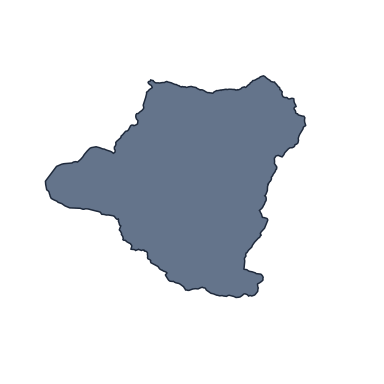 outline of Poiana Marului, Brasov, Romania, rotated 337°
{"feature_id": "2599482B79917442697977", "entity_name": "Poiana Marului", "entity_type": "district", "adm_level": 2, "iso_a3": "ROU", "parent_name": "Romania", "parent_adm1": "Brasov", "projection": "natural_earth1", "projection_center": [25.322, 45.622], "detail": "fine", "context": "isolated", "style": "filled", "palette": "slate", "viewbox_px": 384, "rotation_deg": 337, "n_neighbors": 0, "source": "geoboundaries", "source_scale": "gbopen_adm2", "svg_char_len": 6053}
<svg xmlns="http://www.w3.org/2000/svg" viewBox="0 0 384 384"><g transform="rotate(337 192 192)"><path d="M258.1,225.2L257.5,223.9L257.9,223.8L259.0,223.1L261.9,220.2L263.7,216.4L265.1,214.9L264.9,214.6L265.6,214.0L265.8,214.1L267.6,212.8L268.3,212.7L269.5,211.8L270.3,210.9L270.8,209.4L272.6,208.5L273.5,207.5L276.1,206.0L277.1,205.1L277.7,204.3L278.7,204.0L278.9,203.4L279.5,203.0L279.4,202.6L279.8,201.9L279.8,201.3L279.5,200.9L279.5,200.3L279.0,198.0L279.9,196.3L280.8,193.6L281.2,192.9L281.7,192.8L283.1,191.8L283.7,191.7L285.3,191.9L285.8,192.1L287.0,193.4L288.5,194.8L288.8,194.9L291.2,193.5L292.7,192.1L297.7,189.9L299.4,189.6L301.6,190.4L303.4,190.3L304.4,189.8L305.4,188.7L306.7,188.8L308.2,188.5L309.1,187.7L310.2,186.1L310.8,184.1L312.4,182.2L313.8,180.9L318.8,177.3L319.8,175.9L321.1,175.5L322.3,175.4L322.7,175.1L323.0,171.7L323.7,169.6L324.9,167.8L324.6,166.0L323.2,165.2L320.0,162.6L319.7,161.2L319.1,160.9L318.3,159.7L318.8,158.5L318.9,157.4L318.4,155.5L318.7,154.7L319.6,154.1L321.2,154.0L321.4,152.3L321.1,150.4L321.3,148.5L322.0,146.5L322.1,145.8L320.7,144.8L319.9,144.6L318.3,144.5L317.6,144.2L317.0,143.8L316.4,142.3L316.1,142.0L314.5,141.4L313.2,140.2L312.9,139.2L313.0,137.0L314.2,135.0L313.7,133.6L313.7,133.0L312.9,132.1L313.4,130.8L313.3,129.9L312.6,128.9L311.8,125.8L311.0,123.9L311.0,123.1L310.8,122.9L309.9,122.7L307.8,121.0L307.5,120.3L307.4,119.7L305.8,117.5L304.5,115.0L304.3,114.3L303.2,113.0L301.6,112.8L299.8,112.7L298.1,113.3L296.7,113.2L294.0,113.6L292.5,113.5L291.5,113.2L289.9,114.1L288.4,114.3L287.6,115.0L284.8,115.7L283.1,116.5L282.6,116.6L282.0,116.6L281.3,115.7L278.9,115.4L277.2,116.1L274.9,116.1L274.0,115.9L273.7,115.5L273.3,115.6L272.0,115.2L271.9,114.9L271.2,114.2L270.8,114.2L270.6,113.9L269.7,113.6L268.9,113.1L266.4,111.9L264.3,111.4L263.8,110.9L263.3,110.9L263.1,110.6L262.4,110.4L262.1,110.4L260.3,110.0L259.3,109.6L258.5,109.8L258.2,109.3L255.5,108.8L254.0,108.2L253.2,108.4L251.4,108.5L249.7,109.2L248.9,108.8L248.3,108.2L247.4,107.9L246.5,107.1L245.4,106.8L244.3,105.7L242.5,103.2L241.5,102.1L240.1,101.3L239.5,101.3L239.3,101.0L239.0,100.8L237.0,98.4L236.8,97.8L236.4,97.3L234.1,95.8L232.5,94.5L229.8,93.8L228.8,93.8L227.5,93.5L226.8,92.5L226.2,92.4L225.9,92.1L225.3,92.0L224.6,91.3L224.0,91.1L223.6,91.3L222.1,90.1L221.6,89.0L221.0,88.8L219.4,86.8L218.8,86.6L218.1,86.1L217.9,85.8L217.6,85.6L215.5,83.3L212.9,81.4L212.0,80.4L210.7,80.3L209.2,80.4L207.6,79.7L204.3,78.9L203.9,78.5L201.5,77.5L200.8,76.9L199.7,74.7L199.8,74.3L197.7,72.7L197.3,73.2L197.0,73.5L196.4,73.6L195.3,73.4L194.8,73.6L194.4,74.0L194.4,75.0L195.0,76.5L195.9,77.6L196.2,78.4L196.3,80.0L196.1,80.4L192.7,81.1L190.4,82.2L189.4,82.3L189.0,82.7L188.6,83.8L186.2,87.0L181.0,93.0L180.6,95.3L180.0,96.3L177.7,97.4L175.0,98.0L173.3,98.7L171.7,98.3L170.5,99.1L169.6,100.9L169.4,102.9L170.1,105.2L168.5,108.0L166.1,108.4L164.4,108.2L163.9,107.4L162.4,106.8L161.3,107.1L157.9,109.9L156.5,110.5L154.5,110.2L150.6,112.2L148.5,112.9L148.4,113.3L147.6,114.2L142.5,115.9L141.2,116.6L140.5,118.6L139.2,119.8L138.1,120.3L137.3,122.2L137.6,123.3L137.2,124.4L136.6,125.2L134.8,125.7L133.7,123.7L132.6,122.5L129.7,120.0L127.9,118.1L126.7,117.5L124.4,115.2L121.4,112.9L116.6,111.8L115.0,111.9L111.6,113.3L107.5,115.4L105.1,117.1L102.1,118.5L98.4,119.7L96.8,118.6L94.5,118.1L92.8,118.4L85.2,115.9L83.0,115.5L77.3,115.5L61.3,124.8L60.3,127.7L59.1,133.2L60.0,134.6L60.4,136.3L60.1,137.8L60.0,139.6L59.8,140.4L59.9,142.9L61.9,145.4L64.0,147.6L64.7,149.2L67.6,151.8L69.6,155.1L73.2,158.8L82.7,163.3L84.8,165.2L85.6,165.6L87.6,165.9L89.7,167.0L96.5,172.2L98.2,173.4L99.7,174.8L99.9,175.2L99.9,176.2L100.3,177.3L102.2,178.2L104.1,179.7L106.1,180.5L110.0,183.0L111.0,184.1L111.6,186.5L112.3,187.8L112.7,188.0L113.6,188.0L113.6,188.7L112.8,190.3L112.8,191.8L112.5,193.4L112.5,194.1L112.8,194.8L113.2,195.1L113.1,195.5L110.4,198.3L110.3,198.8L110.8,200.0L111.0,202.1L111.0,202.6L110.4,203.5L110.9,205.8L110.5,208.1L109.9,208.5L109.8,208.9L110.1,209.5L110.5,209.9L111.6,210.3L112.1,211.0L112.2,211.8L113.9,214.1L115.2,215.5L115.2,216.3L115.5,217.0L115.6,217.5L115.5,218.0L115.1,218.8L113.7,220.4L113.5,220.9L116.3,222.4L116.9,223.0L117.2,223.8L120.5,223.9L120.7,224.4L121.9,225.3L122.4,226.0L124.4,226.2L124.9,227.1L125.3,227.1L125.3,227.9L126.2,228.4L126.8,229.1L127.2,230.1L127.2,230.8L126.5,232.2L126.2,233.7L125.5,234.8L125.3,235.7L125.4,236.3L126.8,238.0L127.2,238.8L126.6,239.9L126.6,241.1L131.6,247.3L132.1,249.9L132.5,250.7L133.6,252.1L133.9,252.2L134.8,253.6L136.6,255.2L137.3,256.7L136.7,257.2L135.7,257.6L135.2,257.9L135.1,258.5L135.8,262.9L136.1,264.2L136.9,265.5L139.0,266.7L140.0,267.0L140.7,268.2L141.7,269.3L144.1,271.0L145.0,272.1L147.3,276.0L147.3,276.7L147.7,278.4L147.7,279.3L147.8,279.7L148.0,279.9L148.8,280.1L149.7,280.9L150.8,281.4L154.8,281.6L157.3,282.3L159.7,283.6L163.0,283.5L164.4,283.8L165.0,284.6L166.3,285.3L166.7,286.2L166.9,287.9L169.9,292.7L171.8,294.0L174.5,296.7L175.0,296.9L176.9,298.4L179.3,299.1L180.3,300.0L183.1,301.6L184.4,301.3L185.9,301.6L189.7,304.5L191.3,306.3L193.7,307.1L195.3,307.4L198.4,306.7L199.4,306.2L200.7,306.3L201.0,306.4L202.9,308.2L203.4,309.9L205.0,309.9L206.4,311.1L209.1,311.3L210.0,311.1L213.6,309.2L215.0,306.7L215.5,306.3L215.5,305.1L215.7,304.3L216.3,302.4L216.7,302.1L218.2,302.1L220.7,301.6L222.0,301.2L223.0,300.7L223.3,299.6L224.1,298.5L224.2,297.3L223.6,295.0L222.8,294.2L219.2,292.2L218.7,291.2L217.7,290.3L216.0,288.8L214.1,287.6L213.1,286.6L212.1,284.9L209.9,283.6L209.6,283.1L210.2,282.4L213.2,276.9L213.7,275.8L214.0,274.4L214.5,273.4L216.7,272.0L216.8,270.8L218.0,269.3L218.9,269.3L221.2,267.7L225.4,266.1L226.9,264.6L229.9,262.7L235.3,260.3L236.4,260.3L238.1,258.8L238.5,258.9L238.5,258.3L238.9,257.9L238.6,257.4L238.6,257.0L239.2,256.3L240.2,255.7L244.6,253.7L250.6,247.7L250.9,246.9L250.8,246.0L250.5,245.5L248.2,243.6L246.9,242.9L247.0,241.6L247.3,239.2L247.1,238.4L247.0,235.6L246.9,235.3L249.8,234.4L251.6,233.3L252.3,232.5L253.6,231.7L255.7,229.5L256.1,229.4L257.0,228.6L257.6,227.4L258.0,226.2L258.1,225.2Z" fill="#64748b" stroke="#1e293b" stroke-width="1.5"/></g></svg>